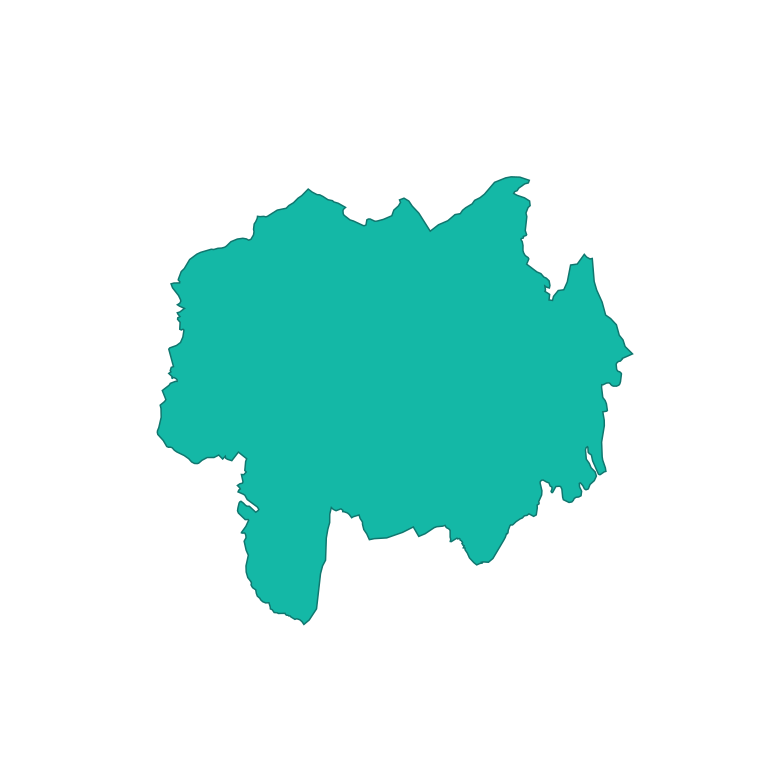 the district of Bughea De Jos, Arges, Romania, rotated 125°
{"feature_id": "2599482B13114483704402", "entity_name": "Bughea De Jos", "entity_type": "district", "adm_level": 2, "iso_a3": "ROU", "parent_name": "Romania", "parent_adm1": "Arges", "projection": "mercator", "projection_center": [24.999, 45.275], "detail": "fine", "context": "isolated", "style": "filled", "palette": "teal", "viewbox_px": 768, "rotation_deg": 125, "n_neighbors": 0, "source": "geoboundaries", "source_scale": "gbopen_adm2", "svg_char_len": 6171}
<svg xmlns="http://www.w3.org/2000/svg" viewBox="0 0 768 768"><g transform="rotate(125 384 384)"><path d="M424.1,615.9L426.5,612.4L429.4,603.0L431.8,598.8L432.8,597.9L435.0,597.6L437.6,598.7L437.5,596.0L436.5,590.8L442.2,592.6L444.2,594.2L445.0,592.8L445.8,589.8L448.1,590.9L449.4,590.2L450.4,586.4L456.3,582.7L456.0,581.0L454.7,580.3L454.4,579.7L454.6,578.8L460.9,575.7L466.7,574.5L471.5,576.1L477.3,580.2L478.9,580.3L490.5,566.4L492.4,567.8L495.6,566.8L496.3,565.5L498.8,566.4L499.5,561.7L500.7,561.3L500.7,560.6L499.7,560.3L499.1,559.5L498.9,557.2L499.2,555.9L500.5,555.0L501.4,556.3L506.0,559.4L508.3,559.3L516.5,561.9L521.9,553.7L524.2,553.7L529.7,555.2L532.0,552.6L539.1,547.4L548.8,543.5L552.3,542.7L553.7,541.9L555.1,540.3L556.9,532.4L559.8,526.1L559.4,524.2L558.2,522.7L557.7,520.9L558.5,517.8L558.5,514.8L557.2,506.7L557.2,501.1L558.2,496.9L557.8,493.7L556.3,491.3L555.1,490.4L550.8,489.3L545.7,486.7L541.7,481.1L537.0,478.6L538.0,473.1L534.2,472.6L535.6,471.1L535.5,469.1L534.1,464.7L523.3,464.2L524.0,453.6L526.8,452.9L534.7,448.4L535.1,446.4L538.6,446.8L539.9,448.9L545.0,443.4L546.4,443.1L548.4,444.8L551.2,445.9L551.8,442.8L552.4,441.5L554.1,442.1L556.1,441.7L555.0,436.1L554.9,434.2L557.1,429.8L557.4,417.2L558.5,414.6L560.0,414.6L562.6,415.5L561.4,424.1L562.8,426.4L562.7,428.4L562.2,430.9L562.1,433.9L563.3,434.5L564.7,434.4L569.2,432.6L571.8,431.3L573.2,429.3L574.7,419.9L572.9,417.5L573.3,416.7L579.8,415.5L587.4,415.6L587.7,415.4L587.2,414.2L586.0,412.8L586.2,411.9L587.4,410.2L589.2,408.8L593.0,408.4L599.2,401.6L602.1,396.9L612.2,392.7L617.1,389.0L620.7,384.5L622.2,379.8L623.1,378.4L624.8,377.7L625.6,376.2L626.2,374.8L626.2,371.0L628.7,368.5L630.4,366.1L630.8,362.5L631.5,361.4L631.9,358.5L631.2,355.4L629.2,352.8L631.9,349.3L633.4,348.1L633.0,346.1L634.2,342.9L632.6,340.2L632.6,339.0L628.6,333.5L629.2,332.6L629.3,331.4L628.5,329.9L628.6,329.0L627.9,327.9L628.2,326.8L627.9,322.0L626.3,320.8L625.4,317.8L625.7,314.9L626.9,311.7L620.2,309.9L606.9,310.3L575.8,327.2L568.2,330.0L561.9,330.8L543.3,342.9L535.2,346.7L528.7,349.0L521.7,353.8L515.4,356.3L515.8,353.7L515.3,350.6L511.0,347.7L511.1,345.2L512.2,344.6L511.5,343.3L510.6,340.0L510.8,337.6L512.1,333.8L510.3,333.0L505.6,329.3L507.8,326.5L509.4,322.5L511.4,321.0L514.8,317.1L516.7,312.1L519.9,306.7L516.2,303.2L508.5,293.5L494.9,283.7L484.3,278.0L488.9,268.1L483.0,264.4L472.9,260.5L470.6,258.9L466.8,254.4L464.8,252.9L465.7,251.1L465.8,249.5L465.5,248.3L465.7,246.8L466.1,245.8L471.5,242.0L472.9,240.3L475.0,239.4L474.6,238.5L468.7,236.0L468.4,235.6L468.7,234.9L467.3,233.6L467.3,233.1L468.2,232.0L468.0,230.9L468.7,228.8L470.1,228.6L470.1,227.7L470.8,226.8L470.6,225.5L472.7,225.1L471.9,223.5L473.3,222.5L474.7,218.8L477.4,214.3L478.8,207.9L479.0,204.3L476.0,202.5L474.3,200.8L473.7,200.8L473.8,201.6L472.9,200.8L470.1,196.2L464.5,194.7L443.4,196.3L440.0,196.7L436.3,197.8L436.1,197.2L434.8,197.1L432.4,198.4L427.6,199.6L426.6,199.3L426.1,198.2L425.2,197.7L421.1,196.9L416.4,195.1L414.3,193.8L411.4,193.4L409.6,191.5L407.2,190.8L406.6,185.5L403.9,184.2L397.5,187.4L395.4,189.1L393.4,188.3L392.5,188.7L391.7,189.8L384.5,191.2L380.9,193.4L375.5,199.4L374.4,200.0L372.6,199.8L371.4,198.6L371.1,194.8L370.4,192.2L372.3,189.3L372.1,187.6L372.3,187.2L373.8,186.1L376.1,185.6L376.7,184.5L376.5,183.9L375.8,183.7L369.4,184.4L367.4,182.0L366.8,180.9L366.9,180.1L368.2,177.9L374.3,172.7L375.9,170.7L374.9,164.5L372.9,162.5L370.7,162.2L368.7,162.5L366.6,161.7L364.9,159.7L362.5,158.5L358.5,160.6L356.1,164.8L353.4,167.0L352.4,166.5L352.4,165.8L353.3,162.7L354.9,159.7L354.9,158.6L354.8,157.9L353.2,156.7L352.6,156.5L348.1,157.6L342.5,156.3L337.6,157.2L334.9,160.6L333.8,166.4L331.3,170.3L329.6,175.1L322.4,181.2L320.3,181.9L318.7,181.4L318.9,180.7L322.8,177.6L323.3,175.8L323.1,174.3L323.4,173.2L327.3,169.0L334.8,156.7L334.7,155.6L334.2,154.9L329.6,153.2L328.3,152.1L325.7,154.6L320.9,161.2L318.4,163.6L306.8,172.4L291.8,179.6L287.4,182.8L281.3,188.8L278.5,186.0L277.5,185.9L272.6,190.5L270.7,193.4L269.5,197.1L261.9,203.9L259.7,205.2L259.1,204.2L255.5,202.2L254.0,200.3L253.9,198.9L254.3,198.2L254.5,196.4L254.2,194.9L252.4,192.3L250.3,191.0L248.7,190.9L246.5,191.6L239.5,195.3L239.1,195.9L238.8,197.9L239.4,199.6L238.7,201.7L234.6,205.2L233.1,205.4L231.1,204.9L229.6,203.5L226.8,203.1L226.4,203.5L216.8,197.7L215.0,208.0L210.8,213.5L209.1,219.3L202.2,227.6L200.4,235.9L200.4,242.0L191.8,252.3L185.1,263.6L179.5,270.6L161.7,285.4L163.4,287.0L163.8,290.9L162.9,294.3L174.9,294.5L179.5,299.4L195.3,292.4L203.7,290.8L207.5,294.9L215.0,295.4L218.9,293.9L220.5,297.0L215.6,299.7L215.8,305.4L214.4,305.6L211.4,308.5L211.4,306.1L210.5,303.6L208.1,304.6L204.8,307.9L204.2,311.7L204.7,314.4L203.6,318.8L204.5,323.1L204.0,335.9L198.5,337.1L197.8,338.4L197.8,342.0L196.5,344.8L194.9,346.8L190.8,349.6L188.1,352.4L187.2,354.6L186.1,355.0L184.7,353.7L184.0,353.8L183.2,354.5L180.8,352.8L179.9,352.8L177.3,356.3L165.0,363.0L162.5,365.8L156.8,367.2L154.1,366.6L150.6,369.7L150.9,375.7L153.1,383.2L153.5,387.1L151.5,387.3L149.2,385.8L146.4,386.0L139.3,383.5L136.5,381.1L133.8,381.8L136.6,391.3L141.4,398.7L145.4,402.6L155.4,409.1L170.9,410.6L176.3,412.2L181.6,415.1L185.9,415.1L192.8,418.2L196.7,419.3L200.7,419.2L204.5,423.0L213.7,425.4L222.3,430.7L232.3,433.8L224.1,453.4L222.1,462.9L219.9,468.6L220.3,474.2L224.3,476.9L225.8,474.6L229.9,474.3L235.9,475.7L241.7,474.1L249.6,479.0L254.7,483.3L255.9,484.8L256.8,490.0L257.9,491.5L259.4,492.2L264.0,490.0L265.4,490.7L266.1,491.7L268.0,502.5L269.1,506.0L268.7,513.5L268.0,515.0L265.5,517.1L264.1,517.4L261.4,516.8L262.2,525.2L263.6,529.4L263.4,531.4L265.2,535.6L265.4,541.6L265.9,545.1L267.3,547.5L268.0,552.9L267.8,557.9L276.9,559.4L281.1,561.0L287.4,562.1L292.4,564.3L296.1,564.9L302.8,571.2L313.6,575.7L314.9,576.7L315.6,578.6L318.0,581.5L319.2,583.8L320.9,582.9L324.5,582.2L327.4,582.1L332.1,579.6L333.7,577.9L336.8,576.4L341.8,576.0L343.8,577.3L344.1,580.0L345.6,583.2L349.4,587.3L355.2,591.0L361.5,592.2L363.4,593.0L365.8,595.0L368.1,597.9L371.5,600.6L372.7,602.8L381.2,609.6L385.0,611.8L393.5,614.6L404.0,613.8L408.2,614.6L416.3,612.5L416.8,612.2L417.3,610.0L418.4,609.4L421.8,614.0L424.1,615.9Z" fill="#14b8a6" stroke="#0f766e" stroke-width="1.5"/></g></svg>